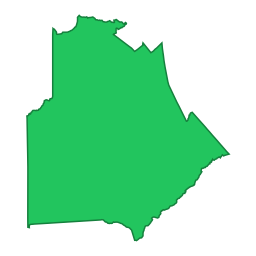 the district of Grajaú, Maranhão, Brazil
{"feature_id": "56859067B31201037702060", "entity_name": "Grajaú", "entity_type": "district", "adm_level": 2, "iso_a3": "BRA", "parent_name": "Brazil", "parent_adm1": "Maranhão", "projection": "robinson", "projection_center": [-45.931, -5.808], "detail": "fine", "context": "isolated", "style": "filled", "palette": "green", "viewbox_px": 256, "rotation_deg": 0, "n_neighbors": 0, "source": "geoboundaries", "source_scale": "gbopen_adm2", "svg_char_len": 5470}
<svg xmlns="http://www.w3.org/2000/svg" viewBox="0 0 256 256"><path d="M26.9,116.0L27.0,117.1L27.1,119.3L27.1,120.6L27.5,143.7L27.7,154.4L27.9,166.8L27.9,168.3L27.9,173.1L27.8,217.8L27.9,227.3L28.4,227.4L29.3,227.6L29.2,226.6L29.4,225.7L29.2,225.1L29.7,224.8L30.4,224.4L34.9,224.0L41.6,223.6L78.4,221.3L101.0,219.9L101.9,219.6L102.4,219.8L103.1,219.8L103.6,220.1L104.2,220.8L104.7,221.3L105.4,222.0L106.3,222.0L107.0,222.4L107.6,223.1L108.5,223.3L109.3,223.5L110.2,223.3L111.5,223.4L112.3,223.2L112.9,222.5L113.5,222.0L114.2,222.3L115.0,222.2L116.0,222.1L117.1,222.1L117.8,222.2L118.4,222.5L119.2,222.6L119.9,223.0L120.6,223.3L121.2,223.5L122.0,223.7L122.5,224.0L123.4,224.9L125.0,225.8L125.7,226.4L126.3,227.0L127.6,227.3L128.3,227.4L128.9,227.6L129.7,228.1L130.3,228.8L130.8,229.3L131.6,230.1L134.7,240.3L135.5,240.2L136.5,240.6L137.9,239.6L138.8,238.8L139.8,238.0L140.6,238.0L141.6,237.8L143.0,235.9L143.0,234.6L143.0,233.5L143.1,232.7L143.2,232.1L143.4,231.5L143.9,230.6L144.0,229.7L144.3,228.8L144.7,228.0L144.9,227.0L145.4,226.1L146.1,225.8L147.2,225.7L147.9,225.7L148.5,225.1L149.1,224.5L149.7,223.8L150.2,223.1L150.7,222.6L151.1,221.6L151.7,221.0L152.1,220.5L152.5,219.6L152.1,219.1L151.6,218.3L152.4,217.5L153.3,217.1L154.0,217.0L154.9,217.2L155.7,217.5L156.2,217.6L156.9,217.8L157.6,218.0L158.3,217.6L158.9,217.2L159.1,216.1L159.3,215.5L159.7,215.0L160.4,214.3L160.8,213.5L160.5,212.8L160.5,212.0L161.2,211.5L161.5,210.7L162.6,210.6L163.0,209.8L163.6,209.7L164.2,210.1L164.8,209.8L165.4,209.7L166.3,209.2L166.8,209.2L168.1,208.7L168.8,208.2L169.7,206.8L170.1,206.1L170.9,205.8L171.8,205.9L172.5,205.5L173.6,205.0L174.2,204.7L174.6,204.1L176.1,203.1L176.6,202.4L176.7,201.7L176.5,200.0L177.2,199.5L177.7,198.8L178.5,198.4L179.4,198.2L179.9,197.3L180.7,197.0L180.8,196.4L181.6,196.1L182.4,195.2L182.7,194.4L183.0,193.7L184.0,193.4L184.8,193.4L184.9,192.5L185.6,192.1L185.8,191.1L185.2,190.8L186.0,189.9L186.7,189.2L187.5,188.8L187.9,188.2L188.6,188.0L189.1,187.3L189.8,187.2L190.1,186.7L191.5,186.3L192.4,186.0L193.3,185.6L193.5,185.0L194.3,185.0L194.6,184.4L194.6,183.8L194.8,183.1L195.2,181.6L195.7,180.6L196.0,180.0L196.9,179.9L197.6,179.1L197.9,178.4L198.6,177.6L198.9,176.9L199.1,175.9L199.5,175.0L200.1,174.6L200.6,173.7L201.2,172.8L201.8,171.8L201.2,171.6L201.1,170.9L201.4,169.5L201.6,168.5L202.7,168.2L203.7,168.1L204.4,167.4L205.3,167.5L205.9,166.6L207.2,166.2L208.2,164.9L208.8,164.2L210.0,163.7L209.6,163.0L209.9,162.5L210.7,162.1L211.2,162.3L211.7,161.7L211.6,160.7L212.1,160.4L212.3,159.8L212.6,159.3L212.9,160.0L213.5,159.9L214.2,160.2L214.8,159.6L215.5,159.1L216.1,159.0L216.8,158.7L217.1,158.1L218.0,157.7L219.0,157.0L219.7,157.3L220.2,157.7L220.3,156.9L221.0,156.9L221.5,156.2L221.9,155.5L222.4,154.8L223.1,155.4L223.7,155.9L224.6,155.4L229.1,154.1L226.7,151.6L215.3,138.5L212.0,134.8L209.8,132.2L207.2,129.3L205.8,127.6L192.2,112.3L191.5,112.6L190.9,112.8L190.3,113.3L190.0,114.2L189.9,115.0L189.1,115.2L189.1,116.0L188.9,116.9L188.8,117.5L188.6,118.1L188.0,118.8L188.0,119.8L187.7,120.4L187.1,121.0L186.4,121.2L179.0,106.3L176.9,102.3L168.7,85.0L168.4,83.7L167.9,82.0L165.1,67.4L164.0,60.7L163.3,54.8L163.0,52.9L162.4,48.6L161.9,42.9L156.6,48.1L155.8,48.7L154.8,49.5L154.2,50.2L153.5,51.0L150.9,52.7L150.5,52.2L143.0,42.9L142.7,44.3L143.0,45.1L142.2,45.7L137.6,49.4L134.7,51.4L133.9,50.7L132.9,49.6L131.5,48.1L129.4,46.6L113.4,34.5L113.8,34.0L114.3,33.9L114.9,33.5L116.0,33.2L116.2,32.6L116.0,31.6L116.1,30.2L116.1,28.7L116.4,28.2L117.2,28.3L117.9,28.7L118.1,29.4L118.7,29.2L119.4,28.9L119.9,28.5L121.0,27.6L121.8,27.8L122.3,27.2L122.8,26.9L123.3,26.6L124.0,26.4L124.7,25.5L124.9,24.9L125.3,24.3L126.1,24.2L126.4,23.3L126.0,22.9L125.4,22.5L124.8,23.2L124.4,23.8L123.9,24.0L123.2,23.7L122.6,22.7L121.9,22.1L121.0,21.9L120.4,22.1L119.9,22.1L119.3,21.8L118.8,21.4L118.2,21.0L117.7,20.6L117.1,20.3L116.7,19.7L116.1,19.5L115.4,20.0L114.7,20.1L113.9,20.2L114.1,20.9L114.3,21.5L114.4,22.3L113.9,22.6L113.3,22.4L112.7,22.2L112.1,22.4L111.5,22.3L110.9,21.6L110.3,21.1L109.6,20.7L108.8,21.3L107.9,21.4L107.3,21.7L106.8,22.0L106.1,22.1L105.1,22.1L104.1,21.8L103.2,21.7L102.6,21.1L102.0,20.3L101.3,20.4L100.3,20.6L99.8,20.1L99.2,20.3L98.3,20.4L97.4,19.9L96.7,19.8L95.9,19.8L95.3,19.3L95.0,18.5L94.4,18.1L93.7,17.6L93.2,17.2L92.6,17.0L91.9,17.3L91.3,17.3L90.8,17.4L89.9,17.6L89.2,17.5L88.4,17.7L87.6,18.0L87.3,17.3L86.5,16.9L85.8,17.2L85.2,17.3L84.3,17.1L83.3,17.1L82.5,17.2L81.7,17.0L80.9,16.8L80.3,16.5L79.2,15.4L78.6,16.1L78.1,16.6L77.5,17.4L77.5,18.1L77.6,18.9L77.5,19.7L77.5,20.4L77.5,21.3L77.3,22.2L77.0,23.3L76.7,24.3L76.4,25.3L75.8,26.8L75.2,27.0L74.5,27.6L74.0,28.5L73.5,28.8L73.0,29.3L72.2,30.0L71.5,30.4L70.6,30.7L70.1,31.1L67.7,32.1L66.4,32.2L65.5,32.2L64.2,32.2L62.8,32.2L61.7,33.7L59.4,34.1L58.5,34.2L57.5,34.3L56.8,34.3L56.5,33.6L56.5,32.9L56.5,32.2L56.0,31.4L55.5,30.8L55.1,30.3L54.8,29.8L54.2,29.1L53.4,28.9L53.0,28.5L52.7,34.8L52.7,74.2L52.7,96.0L52.6,96.8L52.3,97.9L51.9,98.5L51.3,98.5L50.8,98.8L50.2,98.7L49.8,99.2L49.8,100.0L49.3,100.7L48.2,100.5L47.4,100.1L46.8,99.9L46.1,99.8L45.5,100.1L45.0,100.5L44.4,100.6L44.2,101.3L44.2,102.4L43.8,103.1L43.4,103.5L43.2,104.5L42.8,105.3L42.3,105.6L41.8,106.1L41.4,107.0L40.9,107.6L40.5,108.2L40.1,108.8L39.5,109.0L38.7,109.3L38.5,110.2L37.6,110.4L36.7,110.2L36.0,110.7L35.3,110.4L34.5,110.4L33.7,110.4L33.0,110.4L32.3,111.1L32.0,111.8L31.1,112.4L30.8,113.2L30.5,114.0L29.8,114.1L29.3,113.6L28.8,114.3L28.7,115.2L28.0,115.7L26.9,116.0Z" fill="#22c55e" stroke="#15803d" stroke-width="1.5"/></svg>